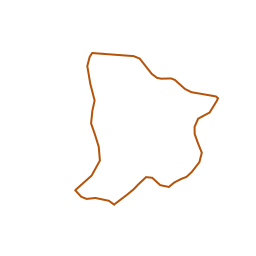 SVG path tracing the border of Manufahi, rotated 222°
{"feature_id": "TLS-551", "entity_name": "Manufahi", "entity_type": "District", "adm_level": 1, "iso_a3": "TLS", "parent_name": "East Timor", "parent_adm1": "", "projection": "robinson", "projection_center": [125.762, -8.972], "detail": "fine", "context": "isolated", "style": "outline", "palette": "amber", "viewbox_px": 256, "rotation_deg": 222, "n_neighbors": 0, "source": "natural_earth", "source_scale": "10m", "svg_char_len": 739}
<svg xmlns="http://www.w3.org/2000/svg" viewBox="0 0 256 256"><g transform="rotate(222 128 128)"><path d="M204.8,159.7L171.9,185.2L165.8,187.4L146.5,184.1L140.0,184.7L136.4,186.8L129.2,193.6L125.4,195.1L111.8,195.1L104.9,197.0L83.8,210.3L81.1,210.4L80.2,207.8L77.7,194.1L80.1,187.5L82.1,181.8L79.3,173.4L74.5,168.2L66.4,163.8L56.6,159.0L52.1,150.4L51.2,138.0L51.8,130.9L54.4,125.7L57.1,118.6L58.2,111.5L65.8,107.1L76.7,107.2L81.7,103.6L82.6,93.1L82.8,86.2L84.2,77.0L87.0,62.5L87.0,61.8L93.5,61.1L105.4,54.2L111.3,47.6L116.8,45.6L125.4,46.4L125.5,47.4L123.2,68.3L127.1,85.0L137.1,94.4L147.1,100.4L158.5,106.7L166.1,117.1L171.2,126.1L185.6,135.6L199.7,146.8L204.1,155.3L204.8,159.7Z" fill="none" stroke="#b45309" stroke-width="2"/></g></svg>